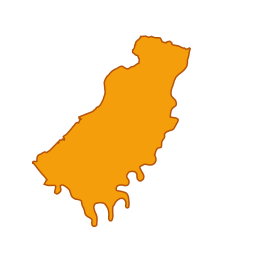 outline of Augustin, Brasov, Romania, rotated 137°
{"feature_id": "2599482B66290363520507", "entity_name": "Augustin", "entity_type": "district", "adm_level": 2, "iso_a3": "ROU", "parent_name": "Romania", "parent_adm1": "Brasov", "projection": "equal_earth", "projection_center": [25.536, 46.037], "detail": "fine", "context": "isolated", "style": "filled", "palette": "amber", "viewbox_px": 256, "rotation_deg": 137, "n_neighbors": 0, "source": "geoboundaries", "source_scale": "gbopen_adm2", "svg_char_len": 5775}
<svg xmlns="http://www.w3.org/2000/svg" viewBox="0 0 256 256"><g transform="rotate(137 128 128)"><path d="M225.7,130.7L225.3,128.9L225.0,128.3L224.4,127.9L223.7,127.7L221.4,127.6L220.4,127.8L219.9,128.1L219.4,128.4L218.8,129.2L217.3,131.5L216.9,132.0L216.4,131.9L215.2,131.4L214.8,131.1L214.5,130.6L213.7,128.5L213.2,125.8L213.0,123.7L213.3,122.1L215.7,116.8L215.8,115.9L215.8,115.3L215.7,114.9L215.7,114.2L215.6,113.9L215.1,112.2L214.9,111.8L213.3,109.8L212.2,107.9L211.9,106.4L212.5,105.4L213.4,104.2L213.8,103.4L214.4,102.2L215.0,100.2L215.9,97.8L216.2,97.3L216.8,96.4L217.5,95.2L217.7,94.7L218.1,93.5L218.2,92.6L218.1,91.8L217.9,90.6L217.2,88.4L217.1,88.2L216.9,86.9L216.9,86.0L217.1,85.3L217.4,84.8L219.4,83.1L219.7,82.7L220.4,81.7L220.5,81.3L220.5,80.6L220.4,80.0L220.1,79.5L219.4,78.9L219.1,78.7L218.5,78.4L217.7,78.3L217.2,78.4L216.6,78.8L215.6,79.8L214.8,80.6L212.9,82.3L212.5,82.8L211.6,83.9L211.0,84.9L210.1,86.9L208.9,90.3L207.7,92.5L207.2,93.2L206.8,93.6L206.4,94.0L205.9,94.3L205.1,94.6L203.9,94.9L202.9,94.8L199.6,92.7L197.6,90.5L196.9,89.2L196.7,87.6L196.9,86.1L197.4,83.7L198.1,81.9L198.7,80.7L200.8,77.9L201.5,77.2L203.0,75.9L203.5,75.3L204.2,74.3L204.4,73.9L204.5,73.3L204.5,72.9L204.4,72.4L204.2,72.1L203.9,71.8L203.4,71.6L202.7,71.6L201.9,71.9L200.7,72.6L199.0,74.0L198.1,75.0L196.6,76.9L196.0,77.6L195.0,78.5L194.0,79.7L192.7,80.8L190.4,81.3L187.9,82.2L185.5,82.5L184.9,82.5L183.2,82.2L182.0,81.9L181.7,81.7L181.0,81.3L180.2,80.5L179.8,79.8L179.4,78.9L179.4,77.9L179.5,76.9L179.8,76.0L180.1,75.3L181.0,74.2L182.6,72.8L183.1,72.3L183.3,71.9L183.4,71.5L183.4,70.9L183.3,70.5L183.1,70.2L182.8,69.9L182.3,69.7L181.9,69.7L181.5,69.7L181.0,70.0L180.0,70.8L178.0,72.9L174.9,77.1L174.4,78.1L173.8,79.8L173.7,80.6L173.7,81.4L173.9,82.4L174.2,83.0L174.8,84.0L175.8,85.8L178.1,88.8L178.6,89.5L178.8,90.0L178.8,90.4L178.8,90.7L178.4,91.3L177.9,91.8L177.4,92.2L176.9,92.5L176.0,92.8L175.2,92.8L174.7,92.7L173.5,92.2L172.2,91.3L171.5,90.7L170.8,89.9L170.4,89.1L169.6,88.1L169.3,87.7L168.5,87.1L167.6,86.6L167.1,86.5L166.2,86.6L165.4,86.8L164.7,87.3L164.0,87.9L163.3,88.9L163.0,89.8L162.5,92.6L162.3,93.0L162.0,93.4L161.5,94.1L158.8,95.0L157.5,95.1L157.0,95.0L156.3,94.7L155.0,93.8L154.3,93.2L153.6,92.4L152.9,91.3L152.7,90.6L152.6,90.2L152.8,88.9L153.2,87.9L153.6,87.4L154.8,86.1L155.7,84.7L155.9,84.3L156.0,83.7L155.9,82.8L155.8,81.9L155.6,81.4L155.4,81.1L154.8,80.6L153.8,80.3L152.2,80.2L151.3,80.4L150.2,81.1L149.5,81.7L148.8,82.7L148.7,83.0L148.1,84.8L147.5,87.6L146.7,90.3L146.3,91.1L146.0,91.4L145.6,91.7L141.0,90.4L140.3,89.9L139.0,88.3L138.2,87.1L137.6,86.4L135.8,84.9L135.4,84.6L135.2,84.6L133.8,84.2L132.8,84.1L131.3,84.4L130.5,84.8L129.4,85.4L128.5,86.6L128.3,86.7L128.1,87.1L127.2,89.1L126.9,90.2L126.8,90.5L125.7,90.6L123.9,91.9L121.8,92.7L120.0,93.0L119.0,92.5L117.5,91.5L116.5,91.4L115.1,92.6L113.3,94.4L111.4,95.4L109.0,95.8L107.3,96.5L105.5,98.6L105.0,98.8L103.6,98.9L102.7,98.9L101.8,98.6L99.8,97.9L98.2,97.1L97.0,96.5L95.7,96.3L94.9,96.3L94.2,96.5L90.4,97.7L89.3,98.1L88.0,98.5L86.5,99.1L86.0,99.5L85.7,99.8L85.5,100.2L85.5,100.6L85.6,101.1L86.1,102.6L89.6,107.1L87.1,109.5L84.6,111.3L83.8,111.7L82.6,112.0L81.6,112.1L80.5,112.0L78.3,111.8L77.5,111.8L76.8,112.2L76.0,112.9L75.3,113.9L74.4,115.9L74.5,121.0L74.1,122.5L73.2,123.7L72.4,124.7L71.3,125.6L70.3,126.3L69.1,127.1L66.2,128.5L64.8,129.4L63.6,130.0L62.5,130.8L60.8,131.5L58.1,132.5L56.4,132.6L55.1,132.7L53.5,132.6L51.8,132.4L49.9,132.2L48.1,132.2L46.2,132.3L43.7,132.8L42.4,133.4L40.4,134.9L39.4,135.8L38.4,137.0L36.7,138.0L35.1,138.9L33.3,140.2L31.4,141.8L28.4,143.6L28.5,144.6L28.9,144.8L29.9,144.9L31.0,145.4L31.9,146.3L32.1,146.9L32.0,147.6L32.4,148.2L33.1,148.7L33.7,150.0L34.9,153.1L35.5,154.1L36.2,154.8L36.5,155.7L36.9,156.0L38.3,157.7L38.7,159.6L37.9,160.5L38.2,162.8L38.7,163.2L40.0,164.0L41.3,164.6L41.6,164.3L42.1,164.2L42.6,164.9L42.9,165.6L43.7,166.7L44.1,167.7L43.6,169.6L43.1,171.4L43.1,172.0L43.9,172.8L44.2,173.3L44.7,173.7L46.6,175.5L47.0,176.3L47.7,177.3L48.1,178.2L48.2,178.8L48.9,179.1L49.5,179.5L50.5,179.9L51.2,180.4L51.5,180.9L52.0,182.5L52.5,183.1L53.2,183.8L54.9,185.1L56.3,186.3L56.5,185.8L57.7,185.7L58.6,185.5L59.8,185.5L60.9,185.6L63.1,185.6L64.1,185.1L64.6,185.1L65.3,184.1L65.9,184.1L66.7,183.9L67.3,183.3L68.3,182.5L70.5,181.7L71.4,181.9L73.1,180.0L72.5,175.9L71.5,174.4L73.2,170.2L75.8,168.0L77.1,168.5L78.7,168.8L80.8,168.9L82.0,169.3L83.0,169.9L84.3,170.6L85.6,170.8L87.0,171.0L87.9,171.4L88.6,172.4L89.5,174.7L89.8,176.5L90.8,177.8L92.4,178.4L96.2,179.3L98.1,180.0L101.5,180.5L102.9,180.4L106.1,180.0L107.7,180.1L109.5,179.7L111.6,179.0L113.5,178.0L114.5,177.3L118.2,172.5L119.6,170.6L120.5,169.6L121.5,168.7L127.2,165.5L132.2,163.8L135.3,163.6L135.4,163.8L136.1,164.2L136.9,164.4L137.6,164.4L138.2,164.0L142.5,164.2L143.6,164.5L156.3,169.5L156.6,168.8L156.8,168.6L157.2,168.6L157.3,168.2L156.2,167.5L156.2,167.0L156.3,166.5L156.9,166.8L157.4,166.6L157.7,166.7L158.0,166.7L159.8,165.7L160.5,165.5L160.8,165.5L161.2,166.6L161.7,166.9L162.6,167.0L163.5,167.0L165.3,166.6L167.3,166.5L169.7,166.1L177.1,165.3L180.9,165.9L181.4,165.7L181.4,165.0L181.8,164.7L181.7,163.5L182.8,162.7L183.6,164.6L184.4,164.2L185.4,164.9L185.8,165.6L188.9,165.4L188.5,164.6L189.1,164.4L189.7,165.4L200.2,164.9L204.3,165.5L205.0,167.1L207.1,168.0L208.6,168.2L209.1,168.2L210.6,168.9L212.4,169.3L213.2,169.0L214.2,168.7L214.7,168.3L217.2,166.0L217.9,166.0L219.0,167.1L219.9,168.0L220.8,168.1L221.5,167.5L221.7,167.2L221.2,166.7L221.3,164.6L221.4,162.6L221.8,159.2L222.1,154.6L222.2,151.2L222.2,148.6L222.5,146.8L222.5,145.4L224.0,145.3L227.1,144.1L227.6,144.1L227.3,143.3L226.5,142.0L225.6,140.5L223.3,138.3L221.5,136.8L220.9,136.1L220.5,135.5L220.5,135.1L220.7,134.6L221.4,133.9L223.0,132.8L224.7,131.7L225.7,130.7Z" fill="#f59e0b" stroke="#b45309" stroke-width="1.5"/></g></svg>